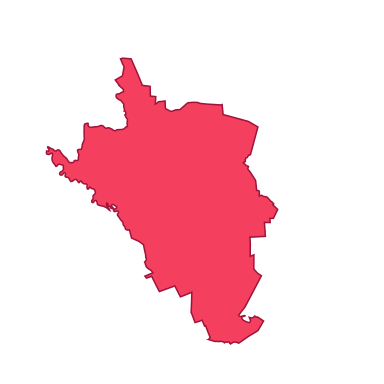 outline of Ciacova, Timis, Romania, rotated 46°
{"feature_id": "2599482B63643580680860", "entity_name": "Ciacova", "entity_type": "district", "adm_level": 2, "iso_a3": "ROU", "parent_name": "Romania", "parent_adm1": "Timis", "projection": "natural_earth1", "projection_center": [21.088, 45.537], "detail": "fine", "context": "isolated", "style": "filled", "palette": "rose", "viewbox_px": 384, "rotation_deg": 46, "n_neighbors": 0, "source": "geoboundaries", "source_scale": "gbopen_adm2", "svg_char_len": 5925}
<svg xmlns="http://www.w3.org/2000/svg" viewBox="0 0 384 384"><g transform="rotate(46 192 192)"><path d="M279.1,276.6L288.0,280.5L288.6,279.5L289.9,276.8L291.2,273.8L297.2,276.1L297.7,275.1L303.1,277.5L309.1,279.9L309.3,280.0L309.2,280.8L309.7,282.4L309.6,282.6L315.3,279.4L317.6,277.1L318.5,276.5L319.1,275.2L320.2,274.5L321.8,273.4L323.0,273.5L323.3,272.0L324.2,271.3L325.5,269.7L325.8,269.5L326.9,269.9L328.1,269.9L328.2,269.6L328.1,268.9L328.6,267.7L328.6,266.8L330.5,264.6L332.6,263.7L332.9,263.4L333.2,263.4L335.2,251.1L337.5,241.0L337.2,239.6L334.5,230.1L327.3,231.7L326.8,232.7L325.8,232.8L324.8,233.0L324.8,234.7L324.6,235.6L324.4,236.1L323.6,236.9L321.9,237.9L325.3,239.3L325.8,240.8L325.8,241.2L324.9,242.2L320.2,244.2L317.7,244.1L316.9,243.2L316.7,242.5L317.0,241.8L318.0,240.0L317.9,239.8L317.5,239.9L315.2,243.7L313.9,244.3L313.0,244.1L311.6,234.2L311.0,232.1L300.5,200.3L295.5,201.3L290.3,201.0L280.2,191.1L278.7,194.8L269.1,185.4L265.8,182.6L264.7,181.8L274.9,170.0L272.3,167.9L271.5,167.0L269.7,165.7L264.2,161.0L268.3,157.0L265.1,154.2L265.7,153.7L267.5,151.7L264.1,142.5L257.3,142.7L257.3,141.4L254.3,141.4L253.5,141.7L248.2,141.5L247.7,141.6L246.6,142.3L244.7,143.7L242.7,144.2L242.1,145.0L241.7,146.4L241.2,146.1L238.8,143.5L238.0,143.0L237.4,143.2L236.4,143.7L235.7,144.4L231.9,141.3L227.8,138.2L217.9,136.2L215.1,136.1L214.4,135.8L213.6,135.1L213.4,134.9L213.2,133.9L212.7,133.6L211.6,134.2L210.0,134.6L209.1,134.6L206.9,134.9L206.5,134.7L206.5,134.4L207.2,132.6L207.1,132.3L206.0,131.6L205.5,130.6L204.9,130.1L204.9,129.8L205.5,128.6L205.5,128.2L205.4,127.4L204.8,126.1L204.8,125.7L205.3,125.3L205.7,123.9L191.0,99.4L180.4,102.4L157.9,115.8L150.0,109.6L149.6,110.6L138.9,120.4L133.9,124.6L131.6,125.7L129.9,127.2L128.1,129.1L125.2,132.6L124.8,134.0L124.4,143.2L124.3,143.5L121.6,146.6L120.1,150.2L119.6,150.9L118.7,151.5L113.6,153.1L113.1,152.8L107.8,148.1L105.4,151.5L105.0,151.8L103.9,153.2L103.7,154.0L103.8,155.0L103.7,155.6L103.4,156.6L103.3,157.3L98.2,151.8L94.1,155.3L86.9,148.7L80.6,153.8L80.0,153.3L68.7,148.8L53.9,143.3L47.4,149.0L47.1,150.0L46.5,150.9L51.3,152.8L54.7,153.8L60.1,161.3L58.1,169.4L63.1,170.0L64.3,170.3L64.3,170.5L64.8,170.5L70.2,170.1L71.0,170.5L72.1,171.4L72.2,171.7L72.1,172.1L71.6,172.8L70.8,176.1L70.0,177.0L69.3,178.4L69.5,179.1L70.3,180.1L71.7,180.8L72.1,180.8L74.9,180.4L76.3,179.8L77.7,179.6L81.5,180.1L82.9,181.6L86.4,183.8L86.7,184.5L87.1,184.0L87.5,184.0L88.2,184.2L89.5,185.0L90.2,185.8L90.2,186.2L89.9,186.8L90.1,186.9L92.0,187.4L92.5,187.7L95.0,188.0L97.5,191.1L99.9,192.8L99.5,193.9L99.3,195.1L99.4,196.7L99.2,197.4L98.5,198.8L95.5,202.2L94.9,202.9L94.8,204.4L94.5,204.9L93.6,205.5L91.5,205.8L88.4,207.0L87.6,207.6L87.1,208.4L86.7,209.4L86.3,209.7L85.2,210.0L82.8,210.1L81.8,210.4L81.0,211.2L80.4,212.1L80.0,213.4L79.5,214.3L76.5,218.0L75.3,219.9L74.6,220.4L72.7,220.8L71.9,220.4L70.7,219.2L70.4,219.1L69.6,219.8L68.6,221.8L68.8,222.7L69.5,223.6L73.9,228.0L79.2,232.8L79.7,233.5L80.2,234.8L81.4,237.6L83.9,240.8L84.2,241.7L84.2,242.0L84.0,242.4L82.5,244.2L82.3,244.9L82.6,245.5L83.5,246.2L85.6,247.0L86.9,247.8L88.0,249.5L89.6,251.1L89.8,251.7L89.7,252.6L89.2,253.3L88.3,253.8L87.8,254.6L87.7,254.8L88.2,255.8L88.3,256.2L88.2,257.0L86.5,259.0L85.8,259.5L85.0,259.6L83.8,259.6L82.6,259.3L80.7,258.9L76.4,259.3L73.4,259.0L70.4,258.3L69.2,258.6L68.5,259.2L68.2,259.9L68.1,261.2L67.4,262.0L66.7,262.2L65.2,262.2L64.6,262.3L62.7,263.2L60.6,263.7L59.3,264.3L59.4,264.7L60.2,265.1L60.7,265.0L61.9,265.2L62.1,265.4L62.6,266.0L63.0,267.0L62.4,267.3L61.5,268.1L62.5,269.4L63.0,269.8L63.6,270.0L64.0,270.0L65.1,269.4L65.6,268.9L66.0,268.2L66.2,266.2L67.5,265.7L67.8,265.9L69.2,267.4L69.8,268.6L70.3,269.1L70.9,269.7L72.4,270.8L75.2,271.6L77.2,271.7L78.9,272.1L79.2,272.0L79.5,271.5L79.3,269.3L79.4,268.8L79.8,268.1L80.4,267.7L81.6,267.2L82.5,266.4L83.1,266.2L83.6,266.2L84.0,266.5L84.9,267.6L86.2,268.5L86.5,268.9L86.8,270.3L86.8,270.9L86.3,272.3L86.2,273.3L86.9,274.6L87.5,274.9L88.3,274.9L88.9,274.4L89.5,273.7L89.6,273.3L89.6,272.7L89.2,271.8L89.1,271.2L89.3,270.4L89.7,270.2L90.6,270.1L90.9,270.3L92.3,272.2L92.8,272.5L93.7,272.4L94.9,271.3L95.9,271.0L97.0,271.1L99.5,271.9L100.2,271.9L100.6,271.6L101.1,270.8L101.5,267.8L101.8,267.2L102.6,266.7L103.7,266.5L106.1,267.0L106.5,266.9L106.9,266.6L106.9,266.4L106.9,266.0L106.6,264.8L106.9,264.2L107.5,264.1L109.0,264.5L110.3,264.3L111.5,263.7L112.7,262.5L113.1,262.3L114.0,262.5L114.6,263.0L115.8,264.5L116.7,265.0L117.3,265.1L117.7,264.9L117.9,264.4L117.9,264.0L117.4,262.7L117.5,262.2L118.1,262.0L119.7,261.9L121.4,260.8L122.5,260.5L124.3,261.2L125.5,262.1L125.9,263.1L126.0,263.7L125.8,264.7L125.8,265.2L126.2,266.0L127.8,267.5L128.2,268.1L128.4,269.4L128.7,270.3L129.2,270.8L130.1,271.1L130.7,270.8L131.0,270.3L131.0,269.8L130.6,268.0L131.4,267.0L132.1,266.9L133.0,267.2L135.0,268.5L135.6,268.6L136.9,268.2L141.0,265.5L144.3,264.3L147.6,264.1L148.1,263.9L145.8,263.2L143.5,263.0L142.2,262.6L141.4,262.1L140.8,260.9L141.7,260.7L143.0,261.5L144.1,261.7L145.8,261.1L146.6,261.5L147.3,261.5L148.9,260.8L149.7,260.3L149.7,260.0L149.3,259.8L146.0,259.7L145.5,258.2L145.9,257.7L147.0,257.1L149.6,256.6L150.4,256.7L151.1,257.4L151.1,258.0L150.6,259.5L150.6,260.7L150.8,261.3L151.0,261.5L151.8,261.5L152.6,261.1L153.0,260.5L153.3,259.6L153.7,258.8L154.1,258.5L154.8,258.5L155.7,259.2L156.1,260.8L156.4,261.4L157.2,261.8L159.8,262.1L162.1,262.6L165.4,262.7L166.1,263.0L167.9,264.3L170.3,264.5L172.6,265.6L173.1,265.6L173.6,265.4L175.0,264.5L175.3,264.1L175.4,263.7L175.9,263.4L183.0,267.4L183.2,267.5L190.5,264.5L196.2,263.5L201.9,267.2L202.9,267.7L205.5,269.4L206.6,270.5L208.8,271.5L209.2,272.3L209.5,274.8L209.9,274.8L212.0,275.9L214.2,276.9L216.9,276.7L220.1,275.9L223.0,276.3L219.8,284.3L222.3,284.6L224.7,279.6L240.4,284.5L240.7,284.5L240.8,284.4L241.0,284.5L247.6,269.6L259.4,273.2L259.8,272.0L260.2,271.3L264.0,261.8L271.6,269.5L278.1,276.4L279.1,276.6Z" fill="#f43f5e" stroke="#9f1239" stroke-width="1.5"/></g></svg>